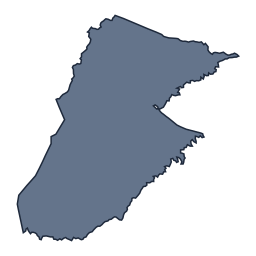 outline of Luiziana, Paraná, Brazil
{"feature_id": "56859067B36916274866347", "entity_name": "Luiziana", "entity_type": "district", "adm_level": 2, "iso_a3": "BRA", "parent_name": "Brazil", "parent_adm1": "Paraná", "projection": "robinson", "projection_center": [-52.28, -24.346], "detail": "fine", "context": "isolated", "style": "filled", "palette": "slate", "viewbox_px": 256, "rotation_deg": 0, "n_neighbors": 0, "source": "geoboundaries", "source_scale": "gbopen_adm2", "svg_char_len": 3881}
<svg xmlns="http://www.w3.org/2000/svg" viewBox="0 0 256 256"><path d="M168.8,37.9L165.2,36.9L163.6,36.4L161.7,34.5L156.4,32.2L147.9,28.8L123.5,18.5L115.1,15.4L114.2,16.8L112.9,18.0L112.0,20.4L110.4,20.4L108.3,19.3L105.9,18.8L104.6,19.8L103.6,20.9L102.2,21.7L100.8,23.0L100.2,25.1L101.1,27.0L99.6,27.9L98.5,29.2L97.0,29.4L95.4,28.6L92.5,28.3L91.4,27.2L89.9,29.1L89.1,30.6L87.5,32.0L89.3,32.9L88.7,36.5L90.8,39.2L90.3,41.9L89.5,43.6L87.9,45.4L86.7,47.2L87.0,48.9L85.9,50.1L82.8,52.7L81.5,53.7L81.5,56.9L80.1,58.7L81.4,59.9L80.8,63.5L79.3,64.1L77.3,63.6L75.5,65.0L73.4,65.6L72.4,67.4L73.4,69.5L73.5,73.5L74.3,76.1L73.1,77.8L71.7,79.1L72.3,80.6L71.2,82.5L70.1,84.8L69.3,87.7L68.6,90.2L67.4,91.9L65.1,93.4L62.9,94.5L60.8,96.7L59.4,98.7L57.7,98.7L56.1,99.4L59.1,106.9L64.6,119.7L55.9,134.2L51.1,136.6L51.1,143.7L45.3,155.7L42.7,161.4L39.5,168.0L35.5,175.8L31.9,179.9L30.1,181.9L26.8,185.6L18.8,195.2L17.3,204.1L18.3,209.2L23.3,232.7L25.7,231.0L26.1,229.0L27.4,228.1L28.2,230.4L29.3,232.1L30.5,233.7L31.7,232.3L33.4,232.3L35.2,232.9L36.6,233.9L37.3,235.5L39.1,237.1L39.6,239.2L41.2,239.7L41.8,238.0L42.9,236.2L44.5,236.1L46.2,235.9L50.4,236.9L52.9,236.9L53.8,239.2L55.8,239.3L57.6,240.3L59.8,238.8L61.6,239.9L63.8,238.2L65.7,237.5L67.0,238.6L68.8,239.3L71.6,240.6L72.6,239.0L73.6,237.4L75.8,238.6L78.2,237.9L79.8,238.9L81.3,239.7L82.9,239.3L84.0,237.6L86.1,236.9L87.4,234.6L89.4,232.6L92.2,231.7L93.6,229.9L96.0,227.4L97.8,226.2L99.9,226.2L102.0,224.6L103.5,222.9L105.1,221.6L106.5,221.3L108.0,220.9L109.1,219.6L111.3,219.2L113.3,217.6L114.6,216.8L116.1,217.1L119.5,219.8L121.6,220.1L122.9,218.0L123.6,214.8L124.5,212.8L126.6,211.1L127.4,209.3L127.0,207.6L128.3,205.9L129.6,205.1L130.5,202.4L131.8,200.8L131.9,198.4L133.6,197.7L135.6,198.1L137.9,195.5L139.7,193.2L140.9,190.2L142.4,188.1L143.4,186.5L145.4,186.3L146.9,185.0L146.6,182.7L149.8,182.8L151.8,181.4L153.7,181.5L153.6,179.6L154.5,177.8L153.3,176.4L155.9,175.9L157.6,177.1L158.5,175.2L159.9,173.9L162.6,174.2L163.7,171.9L165.6,171.7L164.7,169.5L166.0,168.3L164.6,166.6L166.8,165.8L169.3,166.6L170.4,164.2L171.3,161.9L170.7,159.1L172.8,158.4L173.8,160.3L175.6,160.8L176.6,162.4L178.2,161.7L177.7,159.4L176.8,157.1L178.7,157.5L180.3,158.9L181.9,161.8L181.0,164.0L183.1,164.0L183.7,162.3L184.1,159.3L185.1,158.0L184.2,156.7L183.9,153.9L182.1,153.2L180.6,152.9L180.6,149.9L182.2,149.8L183.8,149.7L184.3,147.6L186.2,147.4L187.4,144.7L190.1,146.1L192.3,146.1L191.1,144.0L190.7,141.2L192.2,139.6L193.8,141.6L196.1,142.9L196.1,141.2L195.3,138.6L195.4,136.2L196.9,136.5L198.8,137.4L200.2,135.8L202.1,137.6L204.0,137.0L203.1,135.5L202.7,133.8L201.0,133.1L186.1,129.2L180.3,126.7L176.9,125.0L168.6,118.2L166.1,116.4L163.4,114.2L161.7,113.0L160.3,111.6L158.4,108.8L160.2,108.9L162.0,107.9L163.4,107.2L164.3,105.7L165.2,104.2L166.0,102.7L166.9,100.7L169.1,100.9L169.5,98.1L170.8,96.8L171.8,94.6L173.8,95.4L175.5,95.7L178.1,94.9L179.9,94.8L179.3,92.9L177.7,92.4L178.8,90.5L179.6,89.0L176.9,88.2L180.4,86.5L181.6,87.7L183.5,87.4L183.5,85.0L186.7,82.2L188.9,82.9L190.3,82.9L190.4,80.7L192.8,80.4L194.5,81.4L196.5,80.6L198.7,80.8L200.8,79.9L200.9,77.2L203.3,79.0L204.2,76.3L203.9,74.5L206.5,75.7L208.4,75.5L208.7,72.9L210.4,74.2L212.9,74.0L214.2,72.0L215.9,71.6L216.2,69.6L214.7,68.7L215.6,66.7L218.6,67.0L218.3,64.6L217.8,62.5L220.3,61.1L221.9,60.7L223.6,59.9L225.3,58.9L227.1,58.9L229.1,57.7L232.1,57.6L234.7,57.1L236.4,57.1L238.7,56.1L236.9,54.4L234.5,53.2L232.9,54.0L231.2,54.3L229.8,55.0L227.8,55.1L226.0,54.1L223.4,52.2L221.5,52.7L219.5,53.3L217.0,52.7L215.0,52.4L213.3,52.9L212.5,54.3L210.9,53.5L209.1,51.9L207.9,50.0L208.1,46.8L205.4,43.4L203.9,44.7L201.4,41.9L199.1,42.4L197.0,41.9L195.2,41.7L193.5,41.0L190.2,41.5L188.5,42.1L186.7,41.5L185.1,41.2L182.8,41.3L180.3,40.5L178.0,38.7L176.0,38.4L168.8,37.9ZM158.4,108.8L156.7,109.0L153.4,105.9L155.1,104.9L157.6,106.6L158.4,108.8Z" fill="#64748b" stroke="#1e293b" stroke-width="1.5"/></svg>